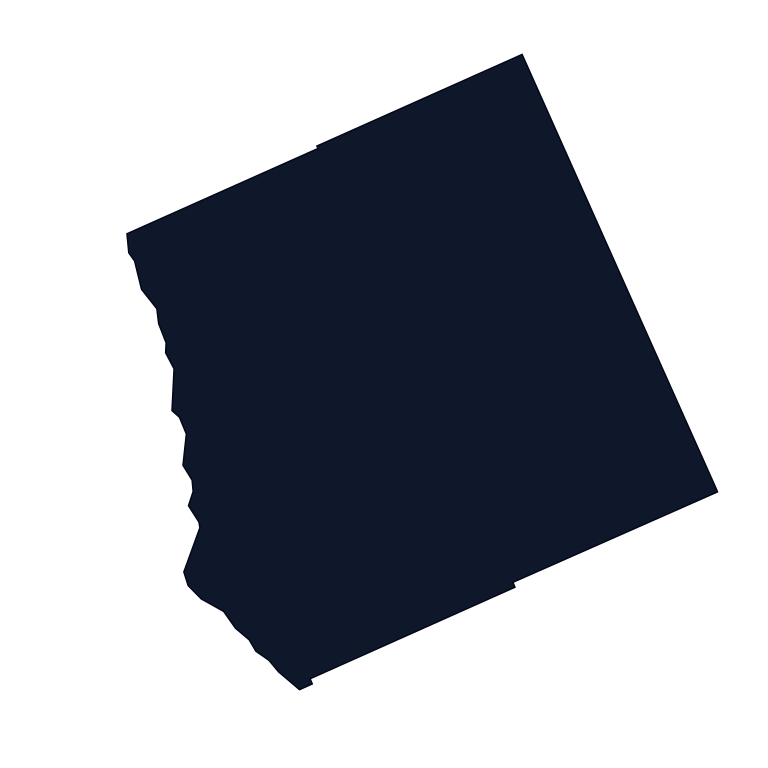 Holt, Nebraska, United States of America, rotated 246°
{"feature_id": "52423323B93692161478978", "entity_name": "Holt", "entity_type": "district", "adm_level": 2, "iso_a3": "USA", "parent_name": "United States of America", "parent_adm1": "Nebraska", "projection": "natural_earth1", "projection_center": [-98.808, 42.492], "detail": "fine", "context": "isolated", "style": "filled", "palette": "ink", "viewbox_px": 768, "rotation_deg": 246, "n_neighbors": 0, "source": "geoboundaries", "source_scale": "gbopen_adm2", "svg_char_len": 639}
<svg xmlns="http://www.w3.org/2000/svg" viewBox="0 0 768 768"><g transform="rotate(246 384 384)"><path d="M628.9,644.2L628.7,419.5L626.0,419.5L625.8,210.3L607.6,204.2L597.8,206.2L569.1,201.0L545.1,207.1L530.8,202.7L510.2,201.7L501.3,197.2L483.3,198.4L445.9,179.5L436.8,183.6L418.7,183.1L391.5,167.3L374.2,169.6L363.4,165.9L352.3,155.9L333.0,158.8L327.5,157.3L293.7,124.7L279.5,123.1L261.9,129.7L241.5,145.0L221.3,149.0L205.1,156.8L191.9,158.3L178.4,166.5L163.9,170.6L139.1,182.5L139.2,196.5L144.8,196.6L145.1,421.0L150.4,421.1L149.8,644.8L155.9,644.9L392.7,644.5L628.9,644.2Z" fill="#0f172a" stroke="#020617" stroke-width="1.5"/></g></svg>